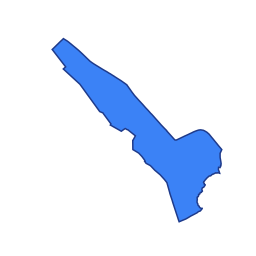 the district of Piltene, Ventspils, Latvia, rotated 217°
{"feature_id": "27541924B10340241308043", "entity_name": "Piltene", "entity_type": "district", "adm_level": 2, "iso_a3": "LVA", "parent_name": "Latvia", "parent_adm1": "Ventspils", "projection": "orthographic", "projection_center": [21.685, 57.226], "detail": "fine", "context": "isolated", "style": "filled", "palette": "blue", "viewbox_px": 256, "rotation_deg": 217, "n_neighbors": 0, "source": "geoboundaries", "source_scale": "gbopen_adm2", "svg_char_len": 3068}
<svg xmlns="http://www.w3.org/2000/svg" viewBox="0 0 256 256"><g transform="rotate(217 128 128)"><path d="M161.9,161.6L163.2,161.5L166.8,161.2L169.5,161.0L174.9,160.6L176.2,160.4L178.9,160.2L181.0,159.9L183.6,159.6L188.9,159.1L193.1,158.7L196.1,158.5L197.8,158.5L198.9,158.5L200.4,158.7L203.0,159.0L208.5,159.7L214.3,160.3L216.1,160.4L227.3,160.9L228.5,160.9L228.9,160.9L233.4,160.5L233.5,159.6L234.1,156.2L235.7,145.5L235.8,145.1L214.6,139.3L215.2,136.2L192.7,134.0L168.6,126.6L160.5,124.1L158.4,124.6L157.3,125.0L156.2,124.6L144.1,121.0L143.9,119.7L143.4,119.8L143.2,119.8L136.7,120.7L131.4,121.4L130.5,124.2L129.9,125.9L127.6,126.2L127.1,126.5L117.4,126.2L117.0,123.7L116.6,121.0L116.7,120.9L111.3,113.9L111.1,113.7L108.3,114.0L104.5,114.4L104.3,114.4L99.7,113.6L95.3,112.3L94.9,112.0L94.4,111.8L94.6,111.4L92.5,110.7L92.1,110.7L87.7,111.4L86.5,111.3L81.3,110.4L74.1,110.0L67.9,108.8L64.1,107.8L61.7,106.0L55.7,101.4L55.4,101.1L54.9,100.8L54.7,100.6L52.4,99.0L49.6,97.1L49.2,96.8L46.9,95.1L44.6,93.5L31.4,84.3L30.7,83.9L30.5,84.3L27.1,90.1L26.9,90.5L25.8,93.1L24.9,95.4L23.5,98.3L21.8,101.9L21.6,102.9L21.3,103.8L21.2,104.0L20.7,104.6L20.4,105.1L20.3,105.5L20.3,106.0L20.2,107.6L20.3,108.4L20.5,108.5L20.6,108.4L21.1,107.9L21.4,107.8L21.6,107.8L22.2,107.7L22.6,107.7L23.4,107.8L23.7,108.0L23.8,108.2L24.0,108.3L24.3,108.4L24.5,108.4L24.8,108.3L25.3,108.4L25.9,108.7L26.1,108.9L26.4,109.3L27.3,109.8L27.7,109.9L28.0,110.1L28.4,110.5L28.8,111.2L29.2,111.8L29.5,112.2L29.7,112.7L30.0,113.0L30.3,113.3L30.6,113.6L30.9,114.1L31.0,114.4L30.9,114.5L31.1,114.7L31.1,114.8L30.9,115.3L30.7,115.6L30.7,115.9L30.9,116.4L30.9,116.5L31.2,116.8L31.3,117.0L31.3,117.3L31.6,117.5L31.4,117.8L31.0,118.4L31.4,119.5L31.2,119.7L31.1,120.4L30.7,120.7L30.9,121.2L30.6,121.7L30.6,122.4L31.0,122.7L31.8,123.0L32.0,123.4L32.5,124.5L32.6,124.8L32.5,125.2L31.9,126.2L31.9,126.9L32.0,127.3L31.9,128.4L32.0,128.5L32.2,129.1L32.4,129.2L33.0,129.0L33.6,129.2L33.8,129.7L34.8,129.9L35.0,130.1L35.2,130.9L35.0,131.6L35.1,132.5L35.0,133.7L34.9,134.2L35.0,134.7L34.6,137.0L34.4,137.7L34.4,138.2L33.7,139.2L33.2,139.5L33.1,140.0L33.0,140.9L32.5,142.2L32.2,142.4L31.9,143.0L31.6,143.7L31.2,144.3L31.1,144.8L30.7,145.2L30.0,145.4L29.7,145.7L29.3,146.3L28.9,146.5L28.2,146.9L27.7,146.9L27.5,147.0L29.2,148.2L30.7,149.1L32.0,151.1L31.5,151.4L31.2,151.6L30.7,151.8L30.8,152.2L30.9,153.1L31.3,154.1L31.6,154.0L31.7,154.7L31.9,155.1L32.3,155.7L33.6,157.0L35.2,158.5L36.7,159.9L38.9,162.8L39.2,163.2L39.9,166.3L40.1,167.2L44.9,168.3L46.5,168.7L54.6,170.7L54.8,170.7L59.6,171.9L62.5,172.1L65.1,171.8L66.5,171.5L68.6,170.4L69.2,170.0L70.5,168.7L71.8,166.8L72.2,166.2L73.5,164.0L74.1,162.7L75.3,160.5L76.0,159.1L76.5,158.2L77.3,156.7L77.5,156.4L81.8,148.1L82.4,147.2L83.1,146.9L83.4,146.7L84.1,146.8L95.4,149.0L95.5,149.2L99.0,149.7L103.3,150.4L106.7,151.1L117.7,153.3L118.3,153.3L122.7,154.2L126.3,154.8L130.6,155.7L132.4,156.0L132.6,156.0L132.8,156.1L135.2,156.5L137.3,156.9L139.8,157.4L142.4,157.9L146.3,159.0L154.8,161.7L154.9,161.8L161.9,161.6Z" fill="#3b82f6" stroke="#1e3a8a" stroke-width="1.5"/></g></svg>